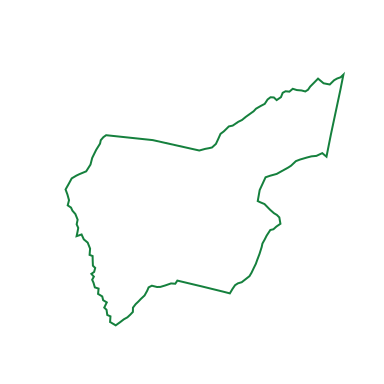 outline of Boa Esperança, Paraná, Brazil, rotated 192°
{"feature_id": "56859067B75116337237033", "entity_name": "Boa Esperança", "entity_type": "district", "adm_level": 2, "iso_a3": "BRA", "parent_name": "Brazil", "parent_adm1": "Paraná", "projection": "robinson", "projection_center": [-52.756, -24.263], "detail": "fine", "context": "isolated", "style": "outline", "palette": "green", "viewbox_px": 384, "rotation_deg": 192, "n_neighbors": 0, "source": "geoboundaries", "source_scale": "gbopen_adm2", "svg_char_len": 2004}
<svg xmlns="http://www.w3.org/2000/svg" viewBox="0 0 384 384"><g transform="rotate(192 192 192)"><path d="M295.7,124.8L291.2,127.5L288.0,123.2L283.5,120.8L279.9,115.4L279.1,109.2L275.9,108.7L274.8,104.0L273.6,99.3L270.9,97.6L271.1,93.5L273.4,91.0L270.4,88.8L271.4,85.4L269.5,82.8L267.2,78.5L263.3,78.1L262.7,72.8L258.1,71.2L256.4,67.7L252.4,66.3L253.8,60.7L251.1,59.0L249.3,54.1L245.9,53.4L245.1,47.8L238.9,45.7L235.0,50.0L232.2,53.3L229.1,56.0L227.0,59.0L224.9,62.4L225.7,66.6L223.8,70.6L221.6,73.8L219.9,76.6L216.9,80.9L215.3,86.1L214.6,89.7L211.8,92.0L206.5,91.8L203.2,92.6L198.8,95.0L193.5,98.2L189.3,98.8L187.9,102.3L167.9,101.8L163.1,101.7L140.5,101.0L133.9,100.7L132.2,105.7L130.5,109.8L128.1,112.2L124.6,114.1L118.3,121.6L117.0,125.4L115.7,130.8L114.6,135.1L114.1,139.0L113.1,145.4L112.4,152.7L112.4,156.2L111.1,160.4L109.9,164.9L107.5,171.1L104.6,172.5L102.3,175.7L98.9,179.3L101.3,185.3L104.2,187.2L107.4,188.3L112.0,190.9L118.6,195.3L122.9,196.1L125.8,196.8L126.2,208.0L123.1,221.7L118.9,224.2L112.9,227.3L108.2,231.4L103.0,235.9L100.6,238.3L96.8,243.8L93.1,246.2L86.8,249.6L82.6,251.7L77.8,253.2L72.7,257.1L67.8,254.5L68.1,277.6L68.1,286.4L68.1,322.3L68.3,338.3L70.5,335.1L73.6,333.2L76.2,330.9L79.6,325.8L85.9,325.7L92.3,329.1L95.4,324.2L98.3,319.7L99.8,316.1L102.1,313.9L106.0,314.1L110.6,313.5L114.9,313.9L117.6,310.4L121.4,310.0L123.9,307.9L124.7,303.3L128.3,299.5L131.6,301.5L134.9,301.0L137.3,298.2L139.2,293.3L142.6,290.5L146.7,286.8L148.5,283.8L151.7,280.3L154.9,276.8L158.1,272.8L161.3,270.3L166.0,265.4L169.6,263.8L171.5,260.9L173.5,257.9L176.2,254.8L177.3,249.6L178.6,244.0L181.7,239.7L184.5,238.4L188.1,236.9L193.5,234.1L241.2,234.6L287.8,229.7L290.1,227.2L292.0,223.7L292.0,220.2L294.5,213.3L296.7,204.6L297.0,197.7L299.8,190.2L305.9,186.0L308.5,184.0L312.5,180.3L314.3,174.2L316.2,168.2L313.3,163.6L310.6,158.4L310.8,153.1L307.1,151.6L305.1,148.9L301.5,146.2L298.1,141.1L298.1,136.4L295.8,133.2L295.7,129.3L295.7,124.8Z" fill="none" stroke="#15803d" stroke-width="2"/></g></svg>